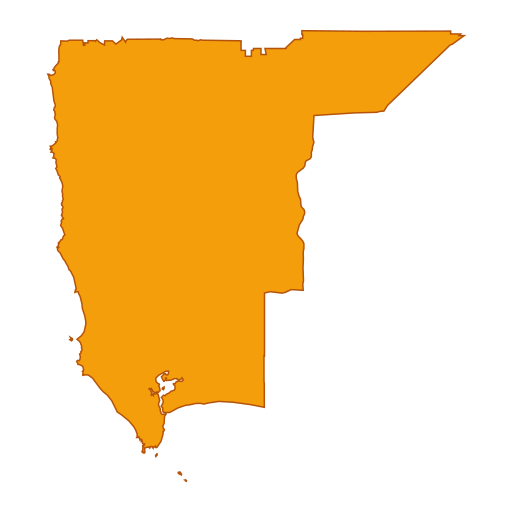 outline of Augusta Margaret River, Western Australia, Australia
{"feature_id": "25037944B11828737752872", "entity_name": "Augusta Margaret River", "entity_type": "district", "adm_level": 2, "iso_a3": "AUS", "parent_name": "Australia", "parent_adm1": "Western Australia", "projection": "natural_earth1", "projection_center": [115.105, -34.115], "detail": "fine", "context": "isolated", "style": "filled", "palette": "amber", "viewbox_px": 512, "rotation_deg": 0, "n_neighbors": 0, "source": "geoboundaries", "source_scale": "gbopen_adm2", "svg_char_len": 5856}
<svg xmlns="http://www.w3.org/2000/svg" viewBox="0 0 512 512"><path d="M60.8,40.9L60.6,44.5L59.4,46.2L58.8,49.7L59.0,61.4L58.2,62.0L58.6,62.7L55.7,65.8L54.3,67.7L53.6,69.5L53.0,69.6L53.4,70.6L54.6,70.4L55.1,70.8L55.3,72.8L53.9,74.5L50.9,75.5L49.1,74.2L47.8,74.2L48.8,76.0L49.1,78.4L50.8,81.5L50.7,83.7L52.2,87.0L53.9,100.8L55.4,105.2L55.0,107.1L54.5,107.2L53.7,109.9L54.9,111.7L54.9,113.4L55.4,114.5L54.5,117.5L54.9,119.0L56.8,121.5L57.6,125.0L57.2,128.6L57.2,134.0L57.8,137.6L57.3,139.4L57.4,140.4L56.6,141.6L55.6,141.8L56.0,142.5L55.5,143.2L53.4,145.0L51.9,146.0L50.2,146.2L50.7,147.3L51.3,147.7L50.7,148.4L51.7,148.2L52.1,148.8L52.0,149.3L50.9,149.7L51.8,150.4L51.0,152.1L52.3,152.1L54.1,153.5L53.8,154.0L53.9,156.2L52.9,157.9L55.4,158.5L56.3,159.9L55.9,162.4L57.0,166.8L55.7,168.5L56.8,170.2L58.3,174.8L60.2,176.6L59.6,178.1L60.4,179.0L62.2,183.3L62.8,186.1L62.0,191.0L62.6,194.0L62.5,196.1L63.2,199.3L62.4,200.6L62.5,201.9L61.4,203.7L61.8,204.1L61.8,205.3L62.6,205.9L63.0,207.4L62.6,208.6L62.0,209.0L62.5,212.6L61.4,215.1L62.1,215.6L62.1,216.8L63.5,218.4L63.0,219.1L62.2,219.1L61.4,220.3L61.1,221.2L61.7,221.9L60.6,225.6L62.4,228.0L64.8,234.9L63.5,236.0L62.2,239.5L61.4,240.0L60.8,239.9L59.7,241.8L58.5,242.6L58.4,243.1L59.0,243.5L58.1,245.3L58.3,246.5L57.1,246.9L57.0,247.5L58.4,247.7L57.6,248.4L57.5,249.8L58.5,251.4L59.9,252.5L63.2,258.9L64.6,260.5L68.1,266.7L69.0,269.6L70.6,271.1L73.8,277.5L76.2,288.6L75.4,289.9L75.7,291.3L75.0,291.4L74.9,292.4L77.1,291.6L78.4,292.0L78.5,293.2L80.2,296.7L81.9,303.7L82.4,308.7L84.6,315.2L85.7,320.8L85.9,323.8L84.2,331.6L81.5,335.6L77.0,339.3L79.4,341.3L80.5,342.9L81.5,345.8L81.7,347.2L81.4,348.1L81.9,348.8L82.1,350.0L80.8,351.8L81.0,352.5L80.6,353.5L79.6,354.0L80.4,356.9L79.8,359.7L79.4,360.5L77.4,360.5L76.6,361.6L77.8,363.2L77.9,364.4L79.2,364.5L82.7,366.2L83.7,370.1L82.5,371.3L83.1,371.7L82.8,374.5L83.1,374.2L83.3,375.1L83.7,375.3L84.9,374.8L88.3,375.0L92.6,378.2L100.2,388.4L103.2,391.7L107.4,395.2L111.8,400.8L117.3,412.0L121.5,414.8L128.9,420.9L133.6,426.5L135.5,429.6L137.1,433.8L137.2,436.6L136.7,437.5L137.3,437.5L137.9,436.5L138.3,436.7L138.8,437.6L139.1,437.4L139.9,439.6L140.1,439.1L141.2,439.3L141.3,441.2L142.0,440.5L142.6,443.5L144.5,443.9L144.5,444.8L143.5,445.0L142.7,445.7L142.8,446.4L143.5,446.5L142.9,447.5L142.6,450.9L142.0,451.3L142.3,452.3L143.0,452.7L143.4,452.3L144.1,453.1L144.8,452.6L145.0,451.7L144.6,449.9L144.8,447.9L148.4,447.0L149.0,447.5L149.5,447.1L149.9,447.9L150.5,446.7L151.6,446.4L153.1,448.2L153.3,446.7L154.9,447.1L155.5,446.1L156.1,447.6L156.9,447.4L160.9,441.5L162.9,434.7L163.2,432.8L163.0,431.5L163.9,431.0L164.3,430.1L164.4,429.4L163.5,428.8L162.8,426.1L164.1,423.5L164.5,417.3L164.7,416.0L166.0,414.2L166.0,413.3L165.6,413.0L165.4,413.9L164.8,414.3L162.7,414.4L161.9,414.3L161.0,413.2L161.0,412.2L160.1,410.5L160.4,409.1L158.5,405.1L158.7,402.9L159.7,400.7L158.3,394.9L157.1,393.6L155.2,393.6L154.7,394.0L153.8,393.7L153.3,394.4L153.3,395.5L152.5,394.5L151.3,395.3L151.2,394.4L152.0,393.0L151.9,392.4L151.0,391.5L150.4,389.4L149.4,389.4L149.0,389.1L149.2,388.7L148.5,388.6L151.2,388.4L153.1,391.5L154.5,392.4L155.7,392.6L157.0,391.9L157.9,392.6L158.5,392.5L159.0,391.3L160.1,390.7L159.4,387.2L158.7,386.0L159.4,384.5L159.2,384.0L157.5,383.2L156.0,381.2L155.8,378.1L158.7,375.2L165.7,371.3L168.6,371.1L168.7,371.9L168.0,374.6L166.9,375.0L165.7,374.5L165.6,373.7L164.4,373.7L161.4,376.9L163.7,381.3L164.3,381.2L165.6,379.6L165.9,378.4L165.1,377.6L166.5,378.1L165.8,379.9L166.4,380.5L171.1,380.1L174.6,378.6L177.0,378.6L177.2,379.4L178.3,379.9L181.2,379.1L182.0,377.8L183.4,379.8L182.0,381.4L178.6,381.1L176.2,381.8L175.2,383.6L173.4,383.6L173.4,384.3L175.0,385.9L175.0,389.0L174.3,390.2L170.9,391.3L169.2,392.9L166.4,394.3L165.3,395.6L163.5,395.2L161.4,397.4L163.0,399.8L163.1,402.7L161.2,406.3L162.8,408.0L162.7,410.2L163.1,412.0L163.7,412.5L169.6,412.5L178.2,407.8L185.9,405.2L189.5,404.9L195.5,403.5L200.3,403.3L204.1,404.1L207.5,403.1L218.9,401.4L232.7,402.2L250.4,404.6L264.3,407.3L264.3,383.8L264.0,381.3L264.0,355.7L264.5,355.9L264.5,293.0L270.2,291.7L281.9,293.1L285.0,292.5L291.2,289.6L303.2,290.3L302.8,284.3L303.5,280.7L303.0,268.1L303.4,258.9L303.2,252.0L303.9,248.5L303.9,243.6L302.6,240.8L297.7,235.5L297.0,233.2L299.4,224.8L302.8,219.3L303.5,216.1L304.5,214.1L304.7,211.7L304.0,209.6L301.6,207.1L301.0,205.7L300.5,199.2L299.1,196.3L297.7,191.4L297.4,182.5L296.3,178.6L296.2,175.1L296.9,173.3L297.9,172.1L303.4,168.0L304.8,165.8L305.3,162.5L306.2,160.8L309.9,158.9L311.3,156.9L311.4,152.0L312.2,149.9L312.6,146.3L313.9,142.5L312.7,137.2L314.0,115.5L354.5,112.9L376.6,112.3L380.5,111.3L383.9,111.1L387.5,105.4L450.2,44.9L452.2,44.3L464.2,35.6L459.1,35.6L460.7,34.0L450.6,33.9L450.7,31.1L363.3,31.3L301.9,30.7L301.9,34.5L302.7,34.5L302.7,38.3L300.4,38.3L300.4,39.5L294.6,39.5L286.0,47.6L286.1,48.5L265.0,48.5L266.2,54.5L261.0,54.5L261.0,48.5L253.5,48.5L253.2,50.4L251.4,50.4L251.4,56.3L245.4,56.3L245.4,50.4L241.1,50.4L241.0,42.8L241.3,41.7L241.0,40.8L202.3,40.2L200.6,39.8L197.9,40.8L197.4,40.3L194.5,40.2L192.1,38.9L174.4,38.6L172.1,37.9L169.8,38.5L166.9,38.2L163.9,39.7L161.9,39.9L160.4,39.0L160.2,39.5L158.7,39.1L127.4,39.3L126.1,40.6L125.6,42.2L122.2,37.3L121.6,39.9L115.8,44.1L112.5,40.9L104.6,40.9L104.5,45.0L100.1,42.8L96.8,39.8L95.5,41.2L95.4,40.7L88.0,40.7L88.0,42.9L84.6,42.9L84.9,45.1L83.5,45.4L82.7,40.2L69.2,40.2L67.4,41.1L60.8,40.9ZM180.4,473.1L180.6,472.7L179.8,471.9L178.2,472.4L178.4,473.4L179.3,474.0L180.6,474.6L181.0,474.3L181.4,474.7L181.5,474.1L180.4,473.1ZM69.8,339.7L71.5,340.8L72.5,339.9L72.4,338.7L70.4,337.4L71.1,338.8L69.8,339.7ZM162.2,389.0L163.5,389.7L164.1,388.4L164.1,387.0L162.5,387.9L162.2,389.0ZM155.9,456.5L157.1,455.2L157.0,453.1L156.8,454.3L155.6,455.3L155.9,456.5ZM184.9,480.0L185.5,480.3L185.5,481.0L186.2,481.3L186.5,480.6L185.5,479.8L184.9,480.0Z" fill="#f59e0b" stroke="#b45309" stroke-width="1.5"/></svg>